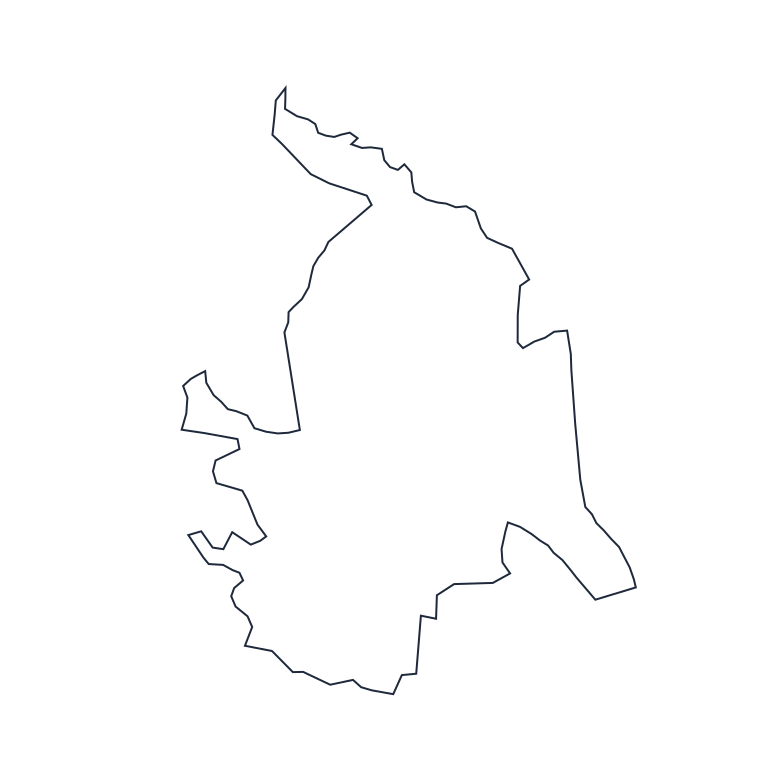 the district of Cacique Doble, Rio Grande do Sul, Brazil, rotated 351°
{"feature_id": "56859067B35570736858884", "entity_name": "Cacique Doble", "entity_type": "district", "adm_level": 2, "iso_a3": "BRA", "parent_name": "Brazil", "parent_adm1": "Rio Grande do Sul", "projection": "robinson", "projection_center": [-51.686, -27.796], "detail": "fine", "context": "isolated", "style": "outline", "palette": "slate", "viewbox_px": 768, "rotation_deg": 351, "n_neighbors": 0, "source": "geoboundaries", "source_scale": "gbopen_adm2", "svg_char_len": 1986}
<svg xmlns="http://www.w3.org/2000/svg" viewBox="0 0 768 768"><g transform="rotate(351 384 384)"><path d="M350.3,110.7L340.0,105.9L329.3,96.8L331.1,87.4L333.0,76.2L321.5,87.0L318.1,101.0L312.8,120.5L320.8,131.0L344.5,165.3L361.4,177.3L396.5,195.3L399.8,205.2L351.3,235.0L346.1,242.7L338.8,249.0L332.7,256.5L329.3,264.7L324.7,276.7L316.2,287.3L306.8,293.6L301.0,298.1L299.1,308.1L293.7,317.5L293.7,416.3L281.9,417.2L271.3,416.2L260.1,412.7L249.1,407.4L244.1,393.8L233.8,387.7L225.8,384.4L220.4,376.1L214.0,368.4L208.7,355.0L209.4,343.3L200.9,346.1L194.1,348.7L185.3,354.5L187.7,366.7L184.1,382.3L177.0,397.5L198.7,404.3L230.7,415.5L231.1,425.6L205.7,433.2L201.4,443.5L203.0,455.7L227.4,467.2L231.1,477.5L237.0,503.0L243.8,516.1L237.3,519.5L227.3,521.8L210.9,506.6L199.5,522.0L189.2,518.8L180.4,500.9L167.1,502.6L178.5,527.2L182.7,534.4L196.8,537.5L205.3,544.1L211.7,547.8L214.1,556.0L204.1,562.1L199.9,569.7L202.6,580.6L212.9,592.1L215.8,603.4L205.7,620.8L231.6,630.2L248.9,654.3L259.1,655.7L283.8,672.6L307.1,671.4L314.0,679.9L323.9,684.6L344.6,691.8L356.1,674.3L370.5,675.2L384.2,618.6L398.7,624.0L403.2,600.9L421.9,592.6L460.4,597.5L478.9,590.8L473.1,578.8L474.3,565.4L480.8,548.7L484.7,540.1L496.0,546.4L506.4,555.4L513.7,563.1L520.8,569.2L525.1,577.2L532.7,585.8L539.8,598.0L543.7,605.1L559.0,630.1L600.9,624.3L600.2,615.8L598.0,603.7L593.8,591.2L590.7,581.8L584.1,572.5L578.1,562.9L572.0,554.6L569.0,545.2L563.6,537.0L562.9,509.4L566.6,453.5L571.2,399.8L573.2,383.6L573.2,359.9L560.2,359.0L550.3,363.5L539.1,365.6L526.9,370.3L522.5,363.9L526.9,336.7L533.8,308.4L543.7,303.5L531.6,270.4L518.6,262.4L508.7,255.8L504.0,245.5L500.9,227.9L493.0,221.3L482.6,220.7L473.6,215.5L465.5,213.2L454.8,208.4L443.8,199.3L443.4,188.5L444.1,179.3L438.5,170.2L431.2,174.7L423.9,170.7L419.3,163.0L418.7,151.4L408.0,148.2L399.2,147.4L389.2,142.1L396.4,137.1L389.5,130.4L380.7,131.0L373.5,132.2L365.4,129.6L358.3,125.6L356.8,116.5L350.3,110.7Z" fill="none" stroke="#1e293b" stroke-width="2"/></g></svg>